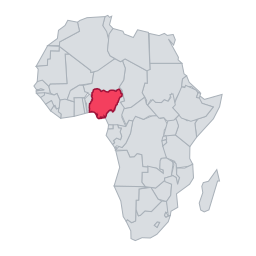 location of Nigeria within Africa
{"feature_id": "NGA", "entity_name": "Nigeria", "entity_type": "country or territory", "adm_level": 0, "iso_a3": "NGA", "parent_name": "Africa", "parent_adm1": "", "projection": "robinson", "projection_center": [7.751, 9.075], "detail": "fine", "context": "in_parent", "style": "filled", "palette": "rose", "viewbox_px": 256, "rotation_deg": 0, "n_neighbors": 49, "source": "natural_earth", "source_scale": "50m", "svg_char_len": 13477}
<svg xmlns="http://www.w3.org/2000/svg" viewBox="0 0 256 256"><path d="M175.4,134.9L189.9,146.6L189.7,158.5L192.7,164.2L190.4,166.0L176.8,168.0L174.7,161.4L166.5,158.0L163.4,152.3L162.7,146.0L166.7,142.5L165.8,135.5L175.4,134.9Z" fill="#d9dde1" stroke="#a8b0b8" stroke-width="1"/><path d="M59.4,46.4L59.2,51.2L50.5,51.0L50.3,59.0L47.7,59.3L47.4,65.4L36.1,66.4L47.7,45.6L59.4,46.4Z" fill="#d9dde1" stroke="#a8b0b8" stroke-width="1"/><path d="M162.7,146.0L166.5,158.0L160.9,158.6L159.8,168.8L163.2,170.0L163.3,173.4L156.5,168.2L142.8,166.6L141.7,154.7L137.2,153.7L134.2,156.9L130.0,157.2L126.9,150.3L115.5,150.1L119.4,146.0L122.1,147.5L126.0,143.0L130.5,133.3L133.0,118.9L135.5,116.3L143.6,119.4L152.6,115.6L157.3,115.6L160.2,118.6L163.8,117.6L167.8,125.1L164.3,130.1L162.7,146.0Z" fill="#d9dde1" stroke="#a8b0b8" stroke-width="1"/><path d="M196.6,137.2L194.9,123.3L198.0,118.8L205.8,116.4L213.3,107.0L202.0,103.3L198.8,99.0L200.3,96.2L204.4,99.4L222.1,94.4L219.6,106.7L213.4,118.8L196.6,137.2Z" fill="#d9dde1" stroke="#a8b0b8" stroke-width="1"/><path d="M189.9,146.6L175.4,134.9L178.5,126.0L175.6,118.7L179.1,114.8L187.0,120.7L197.2,119.7L194.9,123.3L196.6,137.2L189.9,146.6Z" fill="#d9dde1" stroke="#a8b0b8" stroke-width="1"/><path d="M149.5,106.3L147.4,104.9L146.4,104.0L146.7,100.5L142.1,92.7L144.9,83.0L147.3,83.2L146.9,69.5L150.0,69.5L149.8,63.3L181.9,63.3L184.0,73.8L186.6,75.8L182.5,79.0L181.3,89.6L176.0,98.8L175.3,104.9L171.7,93.7L168.1,101.3L164.3,99.8L161.5,102.6L155.5,102.4L150.8,99.9L147.6,105.1L149.5,106.3Z" fill="#d9dde1" stroke="#a8b0b8" stroke-width="1"/><path d="M146.9,70.8L147.3,83.2L144.9,83.0L142.1,92.7L144.7,97.2L131.3,107.3L124.0,108.8L120.3,102.2L124.5,100.8L122.0,90.3L119.1,87.1L123.7,80.1L125.3,68.3L122.4,60.6L125.1,58.9L146.9,70.8Z" fill="#d9dde1" stroke="#a8b0b8" stroke-width="1"/><path d="M126.1,221.2L127.4,219.7L131.7,222.7L135.6,220.9L135.9,209.3L138.4,215.8L140.3,215.4L145.0,210.9L151.3,211.6L161.8,201.0L166.5,201.5L168.2,208.1L167.8,212.7L165.7,212.3L164.5,215.5L166.0,217.2L170.3,215.5L168.2,221.8L156.9,234.3L150.3,238.0L142.0,237.7L135.3,240.6L131.0,238.6L130.8,230.9L126.1,221.2ZM159.6,222.4L157.2,222.1L154.3,225.3L157.1,227.4L159.6,222.4Z" fill="#d9dde1" stroke="#a8b0b8" stroke-width="1"/><path d="M159.6,222.4L157.1,227.4L154.3,225.3L157.2,222.1L159.6,222.4Z" fill="#d9dde1" stroke="#a8b0b8" stroke-width="1"/><path d="M166.5,201.5L158.0,199.1L150.9,187.4L155.7,188.0L164.7,180.4L171.6,184.2L170.7,195.4L166.5,201.5Z" fill="#d9dde1" stroke="#a8b0b8" stroke-width="1"/><path d="M161.8,201.0L151.3,211.6L145.0,210.9L140.3,215.4L138.4,215.8L135.9,209.3L136.1,200.2L138.7,200.1L139.0,189.0L150.9,187.4L158.0,199.1L161.8,201.0Z" fill="#d9dde1" stroke="#a8b0b8" stroke-width="1"/><path d="M136.1,200.2L135.6,220.9L131.7,222.7L127.4,219.7L126.1,221.2L123.2,216.6L120.8,201.0L114.1,186.0L150.4,186.9L139.0,189.0L138.7,200.1L136.1,200.2Z" fill="#d9dde1" stroke="#a8b0b8" stroke-width="1"/><path d="M36.3,89.5L33.9,86.0L38.2,80.6L42.4,80.1L48.8,86.3L50.5,93.1L36.4,93.3L36.0,90.9L44.2,89.8L36.3,89.5Z" fill="#d9dde1" stroke="#a8b0b8" stroke-width="1"/><path d="M50.5,93.1L48.8,86.3L50.3,83.9L67.0,83.6L65.1,54.0L69.2,54.0L90.8,70.5L90.8,72.5L93.8,72.2L92.0,83.4L79.2,85.2L71.1,89.9L67.2,99.6L59.9,100.1L57.0,93.5L54.2,95.0L50.5,93.1Z" fill="#d9dde1" stroke="#a8b0b8" stroke-width="1"/><path d="M36.1,66.4L47.4,65.4L47.7,59.3L50.3,59.0L50.5,51.0L59.2,51.2L59.4,46.4L69.2,54.0L65.1,54.0L67.0,83.6L50.3,83.9L48.8,86.3L42.4,80.1L37.2,81.6L38.2,69.2L36.1,66.4Z" fill="#d9dde1" stroke="#a8b0b8" stroke-width="1"/><path d="M89.3,112.4L87.1,112.8L86.5,103.5L84.1,99.3L89.8,93.8L92.4,98.5L89.4,105.4L89.3,112.4Z" fill="#d9dde1" stroke="#a8b0b8" stroke-width="1"/><path d="M122.4,60.6L125.3,68.3L123.7,80.1L119.1,87.1L122.0,90.3L120.9,93.0L117.8,89.5L106.7,91.9L96.9,88.7L93.3,89.7L91.9,95.6L84.8,91.8L83.1,85.4L92.0,83.4L93.8,72.2L114.7,58.7L120.5,61.7L122.4,60.6Z" fill="#d9dde1" stroke="#a8b0b8" stroke-width="1"/><path d="M121.7,91.8L124.5,100.8L120.3,102.2L124.4,108.0L121.8,117.2L125.8,126.6L108.5,124.8L105.3,117.9L106.0,114.9L109.8,110.0L114.3,110.2L121.7,91.8Z" fill="#d9dde1" stroke="#a8b0b8" stroke-width="1"/><path d="M84.5,97.6L87.1,112.8L84.8,113.5L81.9,98.5L84.5,97.6Z" fill="#d9dde1" stroke="#a8b0b8" stroke-width="1"/><path d="M82.1,97.6L84.8,113.5L74.0,116.4L73.9,97.7L82.1,97.6Z" fill="#d9dde1" stroke="#a8b0b8" stroke-width="1"/><path d="M59.9,100.1L65.0,99.1L74.2,101.9L74.0,116.4L60.7,118.3L61.1,114.2L58.3,111.8L59.9,100.1Z" fill="#d9dde1" stroke="#a8b0b8" stroke-width="1"/><path d="M44.5,92.7L54.2,95.0L57.0,93.5L59.9,100.1L59.2,108.0L56.6,109.1L55.1,105.3L53.1,105.9L51.5,100.6L45.6,104.2L40.5,97.5L44.5,92.7Z" fill="#d9dde1" stroke="#a8b0b8" stroke-width="1"/><path d="M36.4,93.3L44.5,92.7L44.4,95.1L40.5,97.5L36.4,93.3Z" fill="#d9dde1" stroke="#a8b0b8" stroke-width="1"/><path d="M58.7,108.0L58.3,111.8L61.1,114.2L60.7,118.3L50.5,110.8L53.8,105.7L56.6,109.1L58.7,108.0Z" fill="#d9dde1" stroke="#a8b0b8" stroke-width="1"/><path d="M45.6,104.2L51.5,100.6L53.8,105.7L50.5,110.8L45.6,104.2Z" fill="#d9dde1" stroke="#a8b0b8" stroke-width="1"/><path d="M67.2,99.6L70.3,90.7L79.2,85.2L83.1,85.4L84.8,91.8L88.0,92.6L84.5,97.6L73.9,97.7L74.2,101.9L67.2,99.6Z" fill="#d9dde1" stroke="#a8b0b8" stroke-width="1"/><path d="M157.3,115.6L149.2,116.0L143.6,119.4L135.5,116.3L132.8,121.0L129.1,120.3L126.0,124.9L121.7,115.0L124.0,108.8L131.3,107.3L144.7,97.2L146.4,104.0L157.3,115.6Z" fill="#d9dde1" stroke="#a8b0b8" stroke-width="1"/><path d="M132.8,121.0L130.5,133.3L126.0,143.0L122.1,147.5L116.7,145.8L114.7,147.7L112.5,144.4L114.6,142.7L113.5,140.6L116.6,138.1L120.5,139.7L121.7,136.1L120.1,131.9L121.3,128.2L118.5,127.9L117.9,124.9L125.8,126.6L129.1,120.3L132.8,121.0Z" fill="#d9dde1" stroke="#a8b0b8" stroke-width="1"/><path d="M113.0,124.9L117.6,124.7L118.5,127.9L121.3,128.2L120.1,131.9L121.7,136.1L120.5,139.7L116.6,138.1L113.5,140.6L114.6,142.7L112.5,144.4L106.1,135.4L108.1,128.8L113.0,128.7L113.0,124.9Z" fill="#d9dde1" stroke="#a8b0b8" stroke-width="1"/><path d="M108.5,124.8L113.0,124.9L113.0,128.7L108.1,128.8L108.5,124.8Z" fill="#d9dde1" stroke="#a8b0b8" stroke-width="1"/><path d="M166.5,158.0L173.2,162.2L171.5,174.8L172.9,175.6L164.5,178.2L164.7,180.4L155.7,188.0L145.3,186.7L141.8,182.2L142.1,172.3L147.8,172.3L147.6,166.1L156.5,168.2L163.3,173.4L163.2,170.0L159.8,168.8L160.1,160.6L161.7,158.2L166.5,158.0Z" fill="#d9dde1" stroke="#a8b0b8" stroke-width="1"/><path d="M172.0,160.8L176.1,163.7L176.6,174.4L179.6,177.6L177.6,184.4L176.2,177.6L171.5,174.8L173.9,164.8L172.0,160.8Z" fill="#d9dde1" stroke="#a8b0b8" stroke-width="1"/><path d="M176.8,168.0L184.7,168.1L192.7,164.2L193.5,177.9L189.6,184.2L176.5,193.8L177.8,207.3L171.0,211.2L170.3,215.5L168.2,215.5L166.5,201.5L170.7,195.4L171.6,184.2L164.9,181.6L164.5,178.2L172.9,175.6L176.2,177.6L177.6,184.4L179.6,177.6L176.6,174.4L176.8,168.0Z" fill="#d9dde1" stroke="#a8b0b8" stroke-width="1"/><path d="M168.2,215.5L166.0,217.2L164.5,215.5L165.7,212.3L168.2,215.5Z" fill="#d9dde1" stroke="#a8b0b8" stroke-width="1"/><path d="M114.7,147.7L116.7,147.6L115.5,150.1L114.7,147.7ZM115.8,151.0L126.9,150.3L130.0,157.2L134.2,156.9L137.2,153.7L141.7,154.7L142.8,166.6L147.9,167.1L147.8,172.3L142.1,172.3L141.8,182.2L145.3,186.7L114.1,186.0L119.7,167.3L115.8,151.0Z" fill="#d9dde1" stroke="#a8b0b8" stroke-width="1"/><path d="M165.9,139.5L166.7,142.5L162.7,146.0L161.9,140.8L165.9,139.5Z" fill="#d9dde1" stroke="#a8b0b8" stroke-width="1"/><path d="M216.8,169.6L219.5,181.0L217.6,181.0L208.9,209.9L204.2,211.9L200.7,210.0L199.2,203.1L202.8,192.7L201.8,186.3L203.3,182.6L208.4,181.3L216.8,169.6Z" fill="#d9dde1" stroke="#a8b0b8" stroke-width="1"/><path d="M36.0,90.9L40.8,88.6L44.2,89.8L36.0,90.9Z" fill="#d9dde1" stroke="#a8b0b8" stroke-width="1"/><path d="M107.8,37.3L102.7,25.5L105.0,16.6L107.8,15.4L109.5,17.3L111.7,16.2L109.5,24.8L113.0,28.5L107.8,37.3Z" fill="#d9dde1" stroke="#a8b0b8" stroke-width="1"/><path d="M59.4,46.4L59.6,41.9L79.5,31.2L77.5,22.2L80.0,20.4L87.0,17.7L105.0,16.6L102.7,25.5L106.7,31.7L108.7,40.1L107.5,50.5L110.1,55.8L114.7,58.7L97.6,70.8L90.8,72.5L90.8,70.5L59.4,46.4Z" fill="#d9dde1" stroke="#a8b0b8" stroke-width="1"/><path d="M181.6,86.9L182.5,79.0L186.6,75.8L189.2,82.3L200.0,92.3L198.0,92.8L191.5,86.6L181.6,86.9Z" fill="#d9dde1" stroke="#a8b0b8" stroke-width="1"/><path d="M47.7,45.6L57.4,38.5L58.5,30.3L65.0,25.5L67.8,20.3L77.5,22.2L79.5,31.2L59.6,41.9L59.5,45.6L47.7,45.6Z" fill="#d9dde1" stroke="#a8b0b8" stroke-width="1"/><path d="M181.9,63.3L149.8,63.3L149.1,33.4L159.1,35.6L164.4,33.4L167.2,35.4L173.2,34.5L175.3,39.8L173.6,45.1L168.4,39.0L178.4,57.3L178.1,59.8L181.9,63.3Z" fill="#d9dde1" stroke="#a8b0b8" stroke-width="1"/><path d="M148.4,32.4L150.0,69.5L146.9,70.8L125.1,58.9L120.5,61.7L110.1,55.8L107.5,50.5L109.1,34.0L113.0,28.5L122.9,31.2L124.2,34.0L133.3,37.5L137.6,29.8L148.4,32.4Z" fill="#d9dde1" stroke="#a8b0b8" stroke-width="1"/><path d="M213.3,107.0L205.8,116.4L190.9,121.3L181.5,118.1L172.6,107.7L181.6,86.9L184.8,87.6L185.6,85.3L195.9,90.0L198.0,92.8L196.5,97.5L199.3,97.9L202.0,103.3L213.3,107.0Z" fill="#d9dde1" stroke="#a8b0b8" stroke-width="1"/><path d="M198.0,92.8L200.7,93.3L199.3,97.9L196.5,97.5L198.0,92.8Z" fill="#d9dde1" stroke="#a8b0b8" stroke-width="1"/><path d="M175.4,134.9L163.5,136.2L168.0,120.2L175.6,118.7L176.9,120.9L178.5,126.0L175.4,134.9Z" fill="#d9dde1" stroke="#a8b0b8" stroke-width="1"/><path d="M165.8,135.5L166.7,139.1L161.9,140.8L162.7,137.0L165.8,135.5Z" fill="#d9dde1" stroke="#a8b0b8" stroke-width="1"/><path d="M166.9,121.0L163.8,117.6L159.0,118.2L147.6,105.1L152.8,99.5L155.5,102.4L161.5,102.6L164.3,99.8L168.1,101.3L170.9,97.4L169.9,94.6L173.0,93.9L175.3,104.9L172.6,107.7L179.1,114.8L173.9,120.1L166.9,121.0Z" fill="#d9dde1" stroke="#a8b0b8" stroke-width="1"/><path d="M119.3,89.2L119.7,89.9L120.2,90.6L120.5,91.1L120.8,92.6L120.8,92.9L120.9,93.0L120.9,93.3L121.1,93.4L121.5,93.4L121.8,93.6L122.0,93.8L122.1,94.0L122.1,94.5L122.0,95.0L121.9,95.3L122.0,95.8L122.0,96.0L121.9,96.1L121.5,96.4L121.0,96.8L120.8,96.8L120.6,96.9L120.3,97.0L120.1,97.2L119.6,98.0L119.1,98.9L119.0,99.6L118.8,100.2L118.4,100.6L118.4,100.9L118.3,101.0L118.3,101.3L118.3,101.9L118.2,102.1L117.7,102.3L117.5,102.5L117.3,102.9L117.3,103.3L117.2,103.8L117.2,104.2L117.1,104.4L116.9,104.7L116.7,104.9L116.5,105.0L116.0,105.1L115.8,105.7L115.6,106.1L115.6,106.3L115.4,107.2L115.0,107.8L115.0,108.1L115.0,108.3L114.5,108.9L114.4,109.0L114.3,109.3L114.4,109.5L114.5,109.7L114.6,109.8L114.4,109.9L114.0,110.3L113.8,110.5L113.7,110.6L113.7,111.1L113.5,111.4L113.3,111.6L113.1,111.7L112.9,111.8L112.6,111.9L112.4,111.7L112.3,111.1L112.2,110.9L111.8,110.5L111.5,110.2L111.1,109.9L111.0,110.0L110.9,110.3L110.8,110.5L110.6,110.5L110.3,110.5L110.0,110.5L110.0,110.4L109.9,110.2L109.6,110.4L109.1,110.7L109.0,110.8L108.8,110.9L108.7,111.2L108.5,111.6L108.3,111.8L108.0,111.9L107.9,112.1L107.7,112.2L107.4,112.7L106.9,113.2L106.7,113.5L106.5,113.9L106.4,114.4L106.3,114.9L106.2,115.7L105.9,116.2L105.7,116.6L105.6,116.9L105.5,117.1L105.4,117.1L105.1,117.2L105.0,116.9L104.9,116.9L104.6,116.6L104.8,117.4L104.8,117.7L104.0,117.8L103.4,117.9L103.0,117.8L102.7,117.7L102.7,117.4L102.6,117.5L102.5,117.8L102.0,117.8L101.8,117.6L101.6,117.3L101.4,117.2L101.4,117.3L101.6,117.6L101.6,117.9L101.2,118.2L101.0,118.3L100.8,118.1L100.7,117.9L100.7,117.5L100.6,117.2L100.6,117.4L100.6,117.6L100.6,118.0L100.8,118.3L100.5,118.4L100.4,118.4L100.2,118.4L100.1,118.1L100.0,118.4L99.8,118.4L99.7,118.4L99.3,118.5L99.2,118.5L99.1,118.4L99.2,118.1L99.0,118.3L99.0,118.6L98.9,118.6L98.6,118.6L98.4,118.4L98.2,118.3L97.9,118.1L97.3,117.5L97.2,117.2L97.0,116.9L96.9,116.5L96.7,116.0L96.8,115.9L96.9,116.0L97.0,115.9L96.8,115.8L96.7,115.8L96.7,115.6L96.7,115.3L96.9,115.2L97.1,115.2L97.2,114.9L96.7,115.1L96.3,114.9L96.2,114.7L96.3,114.6L96.5,114.6L96.8,114.6L96.8,114.4L96.6,114.4L96.6,114.2L96.4,114.4L96.2,114.5L96.0,114.4L96.0,114.1L95.9,114.0L95.8,113.9L95.3,113.2L94.7,112.6L94.1,112.2L93.3,112.0L91.5,112.0L91.4,111.9L91.5,111.8L91.7,111.7L92.3,111.4L92.2,111.4L91.6,111.6L91.4,111.6L91.1,112.0L89.6,112.1L89.4,112.1L89.4,111.9L89.5,111.4L89.5,111.2L89.5,110.8L89.4,110.6L89.4,110.2L89.5,110.1L89.5,109.9L89.5,109.7L89.5,108.9L89.6,108.7L89.5,108.4L89.4,108.2L89.4,107.9L89.4,107.5L89.3,107.4L89.4,106.8L89.4,106.1L89.4,105.8L89.4,105.6L89.5,105.1L89.5,104.6L89.6,103.7L89.9,103.7L90.3,103.6L90.5,103.3L90.6,102.9L90.6,102.5L90.7,102.3L90.8,102.1L91.1,101.8L91.1,101.4L91.3,101.3L91.5,101.2L91.9,100.7L92.0,100.2L91.8,99.9L91.9,99.7L92.0,99.5L92.1,99.4L92.3,99.5L92.3,99.4L92.5,98.9L92.5,98.7L92.3,98.3L92.3,98.1L92.2,97.7L92.2,97.4L92.1,97.2L91.6,96.4L91.6,96.1L91.8,95.7L92.0,95.3L92.1,95.2L91.9,95.0L91.9,94.9L91.9,94.7L92.0,94.6L92.0,94.3L92.0,93.9L92.0,93.2L92.0,92.8L92.4,92.6L92.8,92.1L93.1,91.6L93.2,91.2L93.4,90.0L93.5,89.9L94.2,89.4L94.5,89.2L94.8,89.1L95.3,89.0L95.5,89.0L96.0,89.1L96.4,89.0L96.7,88.8L96.9,88.7L97.1,88.7L98.0,89.0L99.0,89.3L99.3,89.3L99.5,89.5L99.9,89.9L100.1,90.1L100.7,91.0L100.9,91.2L101.0,91.4L101.4,91.4L101.5,91.3L101.7,91.1L102.0,91.0L103.4,90.3L103.5,90.3L103.8,90.4L104.2,90.5L105.2,91.2L106.0,91.7L106.6,91.8L107.2,91.9L108.4,92.0L109.2,91.0L109.5,90.7L109.9,90.5L110.0,90.5L110.7,90.3L112.0,90.2L113.3,90.3L113.5,90.3L114.0,90.4L114.9,90.8L115.2,91.1L115.8,91.1L116.2,91.1L116.3,90.8L116.7,90.4L117.0,90.2L117.3,90.0L117.8,89.7L118.1,89.6L118.5,89.3L118.8,89.2L119.3,89.2ZM102.0,118.2L101.8,118.3L101.6,118.3L101.8,117.8L102.1,118.0L102.0,118.2Z" fill="#f43f5e" stroke="#9f1239" stroke-width="1.5"/></svg>